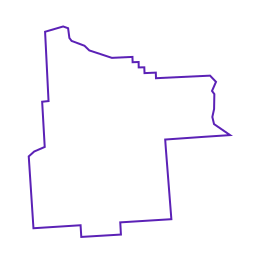 the district of Coffee, Georgia, United States of America, rotated 86°
{"feature_id": "52423323B74845935741438", "entity_name": "Coffee", "entity_type": "district", "adm_level": 2, "iso_a3": "USA", "parent_name": "United States of America", "parent_adm1": "Georgia", "projection": "mercator", "projection_center": [-82.919, 31.59], "detail": "fine", "context": "isolated", "style": "outline", "palette": "violet", "viewbox_px": 256, "rotation_deg": 86, "n_neighbors": 0, "source": "geoboundaries", "source_scale": "gbopen_adm2", "svg_char_len": 608}
<svg xmlns="http://www.w3.org/2000/svg" viewBox="0 0 256 256"><g transform="rotate(86 128 128)"><path d="M221.4,229.3L221.7,182.1L233.4,182.2L233.8,142.5L221.6,142.3L222.0,91.1L150.8,91.7L142.1,91.7L142.1,51.1L142.2,26.7L130.1,41.9L122.9,43.1L115.1,40.8L100.2,39.5L96.9,41.6L88.1,37.0L81.5,42.5L80.4,90.9L80.3,96.6L74.7,96.4L74.4,107.7L68.6,107.5L68.3,113.1L62.9,112.8L62.7,118.8L57.4,118.6L56.9,139.2L47.9,161.2L42.9,165.7L37.2,178.2L34.1,180.2L24.3,180.8L22.2,185.6L26.2,204.0L95.6,205.4L95.8,211.8L141.1,212.4L144.9,223.2L149.4,229.0L221.4,229.3Z" fill="none" stroke="#5b21b6" stroke-width="2"/></g></svg>